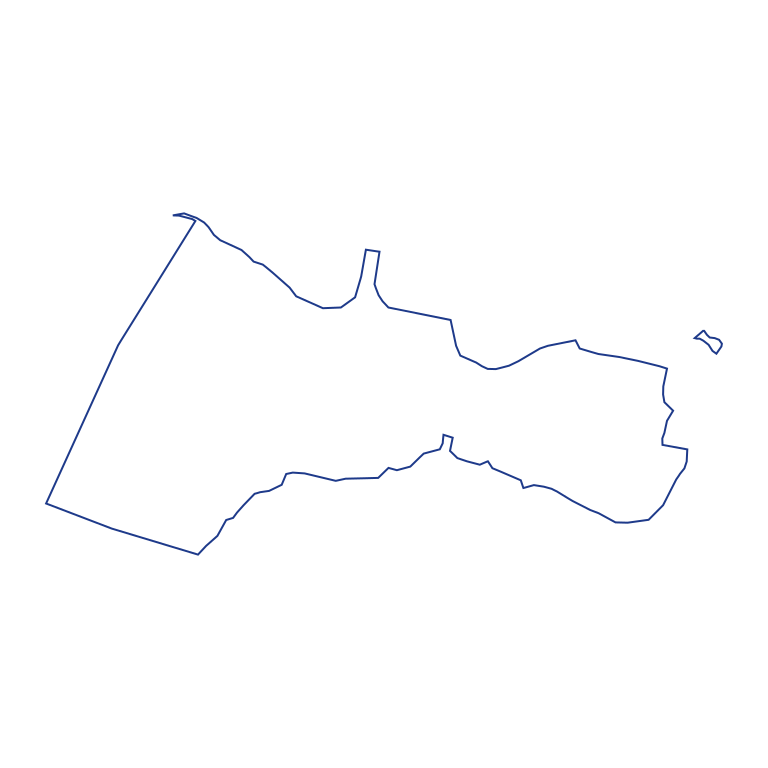 Meyuns, Koror, Palau (orthographic projection)
{"feature_id": "81905179B89717668575285", "entity_name": "Meyuns", "entity_type": "district", "adm_level": 2, "iso_a3": "PLW", "parent_name": "Palau", "parent_adm1": "Koror", "projection": "orthographic", "projection_center": [134.46, 7.354], "detail": "fine", "context": "isolated", "style": "outline", "palette": "blue", "viewbox_px": 768, "rotation_deg": 0, "n_neighbors": 0, "source": "geoboundaries", "source_scale": "gbopen_adm2", "svg_char_len": 2083}
<svg xmlns="http://www.w3.org/2000/svg" viewBox="0 0 768 768"><path d="M217.4,535.9L226.2,520.0L233.1,517.9L237.0,512.6L239.4,509.9L243.6,505.2L249.3,499.3L254.6,493.8L257.2,493.1L260.1,492.2L269.1,490.9L281.7,484.8L286.2,474.0L292.8,472.6L304.6,473.4L335.6,480.8L336.4,480.7L345.6,478.7L367.0,478.2L378.2,477.9L388.5,467.9L396.9,470.2L410.3,466.6L419.5,457.6L423.7,453.6L439.8,449.3L442.7,443.3L443.0,439.7L443.5,434.8L452.7,437.7L451.3,444.5L450.0,450.9L452.0,452.8L457.4,458.1L466.9,461.3L479.8,464.7L486.8,461.7L487.9,461.3L490.6,465.4L492.4,468.2L500.8,471.7L520.8,480.3L523.0,486.9L523.4,488.0L525.0,487.6L533.9,485.1L543.9,486.7L551.6,488.8L554.3,490.2L556.8,491.4L567.9,498.2L572.6,501.0L590.2,510.0L598.6,513.2L615.5,522.4L627.6,522.7L648.6,519.8L663.1,505.2L676.2,479.5L678.9,475.6L679.9,474.0L681.5,472.0L684.4,468.4L686.7,461.5L687.1,453.1L687.3,449.4L662.5,444.9L662.4,441.7L662.3,438.5L663.5,435.3L664.4,432.9L665.1,429.6L667.0,420.8L673.1,410.7L668.1,405.8L664.4,402.2L663.1,394.5L663.3,386.4L667.0,368.6L659.4,366.2L638.1,360.9L619.2,357.0L598.4,354.0L591.4,352.0L579.7,348.5L575.5,340.3L547.9,345.8L540.0,348.5L518.4,361.2L509.0,365.7L502.9,367.3L495.8,369.1L492.1,369.0L487.7,368.9L481.9,366.2L476.1,362.5L474.2,361.7L460.3,355.6L456.1,345.8L450.6,320.0L388.4,307.5L382.6,301.3L378.6,295.2L375.9,288.2L374.5,284.2L379.5,251.7L377.2,251.4L365.9,249.7L361.2,276.4L360.5,278.9L355.1,297.3L349.0,301.7L340.9,307.5L322.9,308.2L296.2,296.3L289.6,287.6L272.8,272.8L266.2,267.3L262.8,264.6L253.6,261.6L249.4,257.1L241.5,250.0L220.2,240.2L213.9,234.9L208.6,227.2L207.3,225.8L204.1,222.5L196.5,217.9L191.9,216.3L188.7,215.1L184.1,213.4L172.8,215.4L179.0,215.6L192.3,219.1L195.4,221.0L186.8,234.8L151.6,291.4L121.4,339.9L118.1,345.3L46.1,503.5L111.8,528.6L198.0,554.6L206.1,545.9L217.4,535.9ZM706.9,334.8L704.2,330.9L703.0,330.9L702.0,331.8L694.7,338.1L697.0,338.7L699.7,338.7L703.0,340.5L703.6,340.9L708.6,344.8L712.5,350.9L716.4,353.7L717.5,352.1L721.4,346.5L721.9,343.7L719.1,339.8L714.7,338.1L709.7,337.5L706.9,334.8Z" fill="none" stroke="#1e3a8a" stroke-width="2"/></svg>